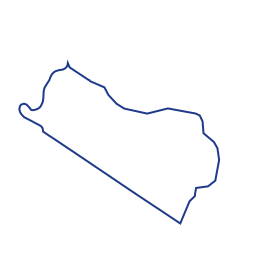 the district of Sarpy, Nebraska, United States of America, rotated 214°
{"feature_id": "52423323B27146755519961", "entity_name": "Sarpy", "entity_type": "district", "adm_level": 2, "iso_a3": "USA", "parent_name": "United States of America", "parent_adm1": "Nebraska", "projection": "natural_earth1", "projection_center": [-95.999, 41.093], "detail": "fine", "context": "isolated", "style": "outline", "palette": "blue", "viewbox_px": 256, "rotation_deg": 214, "n_neighbors": 0, "source": "geoboundaries", "source_scale": "gbopen_adm2", "svg_char_len": 971}
<svg xmlns="http://www.w3.org/2000/svg" viewBox="0 0 256 256"><g transform="rotate(214 128 128)"><path d="M31.3,78.1L36.0,101.7L34.5,109.0L35.8,111.3L38.0,116.4L29.0,124.4L26.2,133.2L34.6,152.5L42.5,161.2L48.8,164.4L62.5,165.9L69.8,175.1L75.5,178.5L80.1,177.8L105.9,166.5L120.1,150.7L142.0,142.0L151.1,141.7L162.9,144.5L170.2,148.5L185.6,145.6L186.1,145.8L186.5,146.0L187.0,146.0L187.5,145.8L210.3,145.6L214.2,148.2L213.3,146.2L213.0,144.6L213.5,142.1L214.8,139.9L217.9,137.0L220.0,134.3L220.6,132.7L221.1,130.2L220.9,127.4L220.0,123.6L219.8,115.1L218.6,111.6L214.5,104.7L213.2,101.7L212.6,98.1L212.6,96.1L213.5,93.5L213.6,93.3L215.5,90.8L217.3,89.3L218.2,88.9L219.2,89.0L220.1,89.5L225.1,90.7L227.8,90.0L229.6,87.8L229.8,85.8L228.7,82.9L226.2,80.7L223.5,79.6L220.2,78.9L201.9,80.9L199.9,80.6L198.4,79.8L196.4,77.6L189.7,77.5L186.3,77.6L162.6,77.7L161.3,77.7L155.3,77.7L131.8,77.7L100.4,77.7L84.7,77.7L31.3,78.1Z" fill="none" stroke="#1e3a8a" stroke-width="2"/></g></svg>